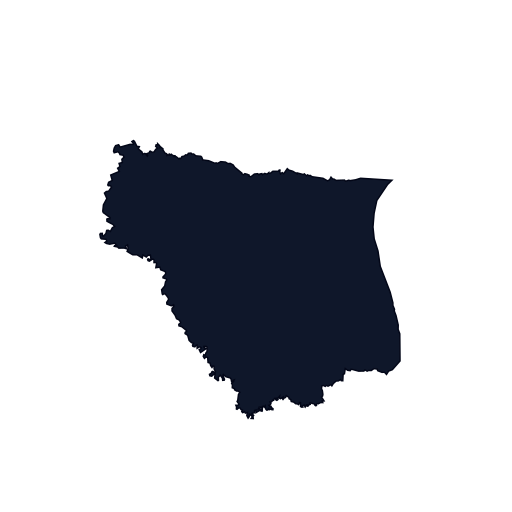 the district of Khon Sawan, Chaiyaphum, Thailand, rotated 124°
{"feature_id": "78962969B35763800993101", "entity_name": "Khon Sawan", "entity_type": "district", "adm_level": 2, "iso_a3": "THA", "parent_name": "Thailand", "parent_adm1": "Chaiyaphum", "projection": "mercator", "projection_center": [102.296, 15.922], "detail": "fine", "context": "isolated", "style": "filled", "palette": "ink", "viewbox_px": 512, "rotation_deg": 124, "n_neighbors": 0, "source": "geoboundaries", "source_scale": "gbopen_adm2", "svg_char_len": 6156}
<svg xmlns="http://www.w3.org/2000/svg" viewBox="0 0 512 512"><g transform="rotate(124 256 256)"><path d="M117.2,185.7L133.1,212.8L137.2,216.1L140.9,220.1L141.3,221.5L143.9,223.5L143.6,225.1L148.6,232.0L148.6,234.2L149.3,235.6L148.7,237.9L151.6,237.6L153.7,238.7L154.1,243.9L158.9,253.8L158.9,256.2L159.8,256.9L159.9,258.6L161.3,259.0L160.9,261.9L162.0,262.3L164.1,268.3L164.9,267.9L165.2,273.0L166.4,276.8L166.1,278.9L172.3,279.0L172.2,280.9L174.2,281.6L172.8,283.5L171.4,284.1L171.7,284.8L173.2,284.8L176.3,289.4L179.5,290.4L180.2,291.6L179.7,292.0L181.9,292.6L182.7,295.0L185.0,296.1L184.4,297.2L185.9,298.7L185.7,299.2L186.4,298.6L187.1,298.9L186.8,300.6L189.0,303.2L193.1,304.5L193.8,306.3L192.8,306.9L193.2,309.1L194.0,311.3L195.6,311.7L195.8,313.5L195.8,314.2L195.2,314.2L194.3,323.4L193.3,325.8L193.6,329.1L195.1,331.0L195.2,333.8L197.5,338.0L200.7,339.6L201.1,341.2L202.1,341.8L203.5,348.6L206.1,353.8L204.4,356.3L204.2,357.5L206.6,361.9L206.3,364.7L207.4,366.3L207.0,367.4L208.7,369.5L210.6,369.4L211.6,371.0L213.1,371.2L215.0,373.0L217.4,372.9L217.8,374.1L218.6,374.2L218.3,377.5L219.2,379.3L218.3,379.3L219.2,381.1L219.0,383.2L220.1,383.7L220.0,384.9L221.0,384.6L221.6,386.1L222.2,386.1L221.2,387.3L221.6,389.0L220.1,392.5L219.2,393.0L218.9,396.1L219.7,396.2L218.4,397.7L217.9,400.3L218.6,399.8L220.2,401.4L220.0,400.8L221.2,400.5L221.6,397.9L223.7,398.8L226.8,398.7L228.2,400.3L228.1,402.2L228.7,402.6L230.2,402.3L232.1,403.7L233.2,402.0L234.0,402.0L233.0,405.0L233.5,406.0L235.1,406.6L233.4,409.0L233.1,413.5L230.6,413.9L231.7,416.0L228.9,420.9L228.8,422.1L230.5,422.9L231.3,420.3L232.1,420.1L233.8,422.8L241.7,429.5L240.6,432.1L243.0,434.1L245.8,433.9L248.8,432.7L249.7,431.3L246.8,428.8L247.0,427.0L248.0,425.4L246.7,422.5L247.9,420.7L250.8,421.3L253.2,419.1L255.8,421.3L257.9,418.8L260.6,419.8L262.3,416.6L270.1,421.7L273.8,417.4L277.3,419.4L280.0,418.6L280.3,417.7L279.1,415.9L279.7,414.3L284.7,414.4L286.3,416.2L288.6,416.8L291.7,411.8L298.9,411.1L304.5,408.1L305.4,406.9L305.8,398.5L307.0,397.9L307.8,399.7L308.8,400.3L310.6,398.9L309.8,392.2L310.6,389.7L312.8,390.9L317.1,390.5L317.3,393.0L318.3,394.1L321.2,393.0L324.9,393.5L325.0,394.5L323.2,396.1L324.3,397.6L325.4,397.5L327.8,395.2L328.3,393.8L326.0,389.7L327.0,388.0L329.3,388.8L329.2,386.9L328.0,383.9L324.3,380.2L324.9,377.6L326.4,379.0L327.2,378.9L325.9,375.8L326.2,374.2L323.1,369.7L322.4,367.4L320.8,369.6L318.6,368.7L321.5,366.0L324.3,365.4L323.9,358.9L321.5,355.3L321.2,349.2L318.4,350.3L318.2,346.4L316.0,346.0L314.3,344.1L317.4,341.2L318.3,342.1L318.6,343.9L319.5,343.9L320.2,342.9L319.9,341.5L316.6,340.1L316.1,339.2L316.3,338.3L318.5,336.9L317.4,335.2L317.6,334.3L321.7,332.5L319.0,329.5L320.7,327.3L319.6,322.4L321.4,320.8L325.4,321.4L326.1,320.9L325.2,317.5L325.7,316.5L327.9,316.6L331.9,314.9L336.7,315.4L339.9,312.5L340.1,311.7L338.9,311.3L338.2,309.9L339.8,305.2L341.3,304.1L344.3,304.1L345.7,303.0L344.7,298.6L343.9,297.5L342.6,297.4L342.6,296.6L344.3,295.8L346.4,296.3L348.5,294.9L350.3,290.0L352.4,286.8L352.0,284.1L352.9,281.7L353.6,281.1L355.8,281.8L357.0,280.8L356.1,277.9L356.6,272.3L357.2,271.4L358.9,272.0L360.0,271.4L359.9,268.3L363.4,264.2L363.9,261.1L363.3,259.0L365.4,258.8L366.2,257.8L365.5,255.9L363.6,255.8L362.8,255.0L365.4,253.2L362.8,252.0L362.6,250.3L363.7,249.8L365.4,250.7L367.0,248.0L361.3,245.8L360.8,246.1L360.9,247.9L360.0,248.6L358.8,246.8L358.9,245.6L362.4,243.2L364.6,243.3L366.7,242.5L367.0,244.1L368.7,243.6L369.7,241.5L367.6,240.9L367.3,239.2L371.1,236.2L370.5,234.2L372.2,232.3L373.0,230.2L371.2,230.3L370.9,229.1L373.1,227.5L374.6,224.8L375.8,225.2L375.8,227.3L376.4,227.8L378.2,227.5L380.1,228.4L381.1,227.3L380.4,225.5L377.2,224.7L376.6,223.9L380.3,222.1L380.6,217.8L380.0,217.6L377.6,219.4L374.8,219.1L376.0,215.6L377.7,214.1L376.7,212.9L375.8,213.2L373.5,216.8L372.5,216.9L372.9,213.4L371.5,209.2L372.0,207.8L373.9,205.9L373.3,205.1L371.4,205.4L370.7,204.8L372.5,204.4L375.3,204.9L376.0,203.5L378.5,202.0L378.0,199.8L378.9,198.9L378.8,196.6L377.9,195.1L378.0,193.2L380.6,193.1L385.7,190.5L387.2,190.3L388.3,187.2L389.9,187.5L391.0,189.2L392.0,187.7L393.8,186.7L393.7,186.0L391.6,185.4L390.9,184.2L391.7,182.5L391.3,181.2L393.0,180.8L393.3,179.4L391.5,178.4L392.2,177.0L390.5,175.6L393.4,174.4L394.8,171.9L393.0,171.8L390.9,173.1L391.0,169.8L392.0,169.0L393.3,169.1L392.3,167.4L390.7,168.8L389.5,168.8L389.2,170.1L390.0,171.5L388.7,171.4L386.9,169.7L384.8,170.8L383.6,169.8L385.8,168.4L382.1,166.7L381.3,164.2L380.5,164.4L380.1,165.6L380.4,167.3L381.6,168.5L379.5,168.9L378.5,167.0L378.8,165.5L377.0,166.5L376.4,165.8L376.7,164.8L375.1,164.6L377.3,162.7L377.8,161.0L377.2,160.3L375.4,160.2L376.0,159.1L374.3,157.8L374.6,156.9L374.0,156.0L373.1,156.5L373.0,158.5L372.3,159.4L373.2,160.1L372.6,161.9L371.8,161.0L370.0,161.1L369.2,162.7L368.3,161.6L366.0,161.4L365.8,160.7L363.7,161.1L362.7,159.7L364.1,159.3L364.0,158.0L362.6,157.5L361.7,158.6L359.0,158.1L360.7,157.3L360.7,156.0L357.8,154.7L359.5,154.2L359.8,153.4L357.7,153.2L356.8,152.4L354.8,152.8L354.8,149.6L355.8,148.8L355.6,146.8L356.9,145.4L356.0,143.0L356.3,140.5L355.3,138.8L355.5,137.8L354.0,137.5L353.2,138.1L352.7,137.1L355.9,134.9L355.7,133.4L355.0,132.8L355.1,133.8L354.3,133.9L352.6,132.7L353.6,130.8L351.1,131.0L350.7,130.4L351.8,129.5L351.4,129.0L349.4,128.8L348.7,128.1L347.9,129.1L347.3,128.7L346.0,124.7L346.8,123.6L346.7,122.6L345.9,122.4L345.5,123.2L344.2,122.9L343.9,121.9L341.4,120.5L340.2,118.7L339.3,120.1L338.1,118.6L336.3,122.8L334.8,122.5L333.3,123.2L330.5,125.7L329.5,127.4L326.9,128.8L325.6,127.7L325.4,125.7L324.0,125.5L323.6,123.5L320.7,121.9L321.2,120.5L318.5,120.6L314.9,119.7L313.4,117.8L311.2,116.9L311.7,115.6L310.9,114.3L305.4,117.6L304.2,116.8L299.4,119.1L299.5,116.1L298.4,113.8L296.9,113.9L296.2,112.8L294.1,106.6L291.0,102.2L289.5,102.0L289.3,99.5L287.9,98.6L286.5,96.4L283.5,95.3L282.0,92.5L283.0,90.9L282.0,86.5L280.5,84.5L281.2,81.6L277.3,81.7L274.0,79.4L262.5,77.9L240.1,93.3L237.3,97.2L233.7,99.5L227.1,106.6L224.2,110.7L222.7,111.4L220.4,114.9L218.3,116.3L211.0,124.5L195.1,147.2L183.6,157.7L175.7,167.6L166.6,175.2L154.5,182.0L142.4,186.9L123.1,186.9L117.2,185.7Z" fill="#0f172a" stroke="#020617" stroke-width="1.5"/></g></svg>